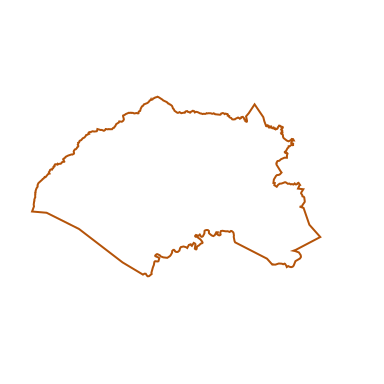 Magude, Maputo, Mozambique, rotated 305°
{"feature_id": "85939544B12261721998883", "entity_name": "Magude", "entity_type": "district", "adm_level": 2, "iso_a3": "MOZ", "parent_name": "Mozambique", "parent_adm1": "Maputo", "projection": "albers", "projection_center": [32.464, -24.759], "detail": "fine", "context": "isolated", "style": "outline", "palette": "amber", "viewbox_px": 384, "rotation_deg": 305, "n_neighbors": 0, "source": "geoboundaries", "source_scale": "gbopen_adm2", "svg_char_len": 6024}
<svg xmlns="http://www.w3.org/2000/svg" viewBox="0 0 384 384"><g transform="rotate(305 192 192)"><path d="M299.7,193.0L289.1,193.3L285.0,192.9L281.9,196.2L281.2,196.6L280.8,196.4L280.6,195.1L281.7,194.2L281.4,193.4L282.3,192.3L282.7,190.5L281.6,189.5L280.9,189.8L279.5,189.2L279.7,188.5L279.4,187.9L279.4,187.0L276.7,185.5L276.2,185.5L275.0,184.1L274.6,183.2L275.1,181.7L274.7,179.9L275.1,178.8L275.5,178.7L275.0,177.5L276.1,176.9L276.2,176.3L275.7,175.7L275.6,174.7L274.5,174.0L274.7,173.4L274.4,172.0L273.0,170.9L271.8,171.0L271.4,170.7L269.0,166.4L268.9,166.0L269.1,165.6L268.8,164.5L268.2,164.3L267.6,163.6L267.3,162.3L266.0,160.3L265.3,159.7L264.9,158.7L264.3,158.6L263.5,158.0L262.8,156.7L261.9,155.9L261.6,154.5L261.1,153.8L260.7,151.0L260.3,149.9L259.9,149.2L258.8,148.7L259.4,147.3L258.9,146.6L259.0,146.1L257.0,145.1L256.1,145.1L255.7,144.4L255.8,143.5L255.3,142.8L255.5,141.6L254.4,140.6L253.4,140.4L253.1,140.7L252.6,140.4L252.5,140.0L250.4,138.0L250.3,136.0L249.1,135.4L248.5,134.6L248.5,131.1L249.4,129.6L249.5,128.4L250.1,127.8L251.1,126.1L251.2,124.0L250.9,123.2L251.1,122.0L250.8,121.6L251.2,119.8L250.5,115.8L250.7,114.8L250.5,110.1L250.2,109.0L249.7,108.9L248.3,107.6L247.4,107.4L246.5,106.6L245.2,106.6L244.1,105.8L244.4,105.3L243.6,105.4L242.6,104.8L241.8,105.0L239.4,104.5L236.1,102.3L234.8,102.5L233.4,101.9L230.8,102.2L228.7,103.0L227.8,102.4L226.8,102.4L225.8,103.0L225.4,102.7L224.9,101.3L223.2,99.6L222.9,98.1L222.1,97.2L222.0,96.5L221.1,95.8L220.8,94.9L217.8,93.0L216.7,92.7L215.1,91.7L214.7,91.9L212.5,94.5L211.0,94.8L209.3,94.2L208.1,91.9L207.0,92.2L204.2,91.0L201.6,91.4L201.2,91.1L200.0,91.3L199.0,90.6L197.6,90.5L196.2,88.6L195.9,87.8L195.1,87.2L194.1,85.2L192.7,85.2L191.6,84.7L191.1,82.5L190.4,81.6L189.3,78.4L187.7,79.1L187.1,79.1L185.4,77.2L184.8,75.8L183.4,74.8L182.8,74.7L182.3,73.7L181.5,73.3L180.9,73.4L180.5,74.2L180.1,73.7L179.1,73.6L177.9,72.6L176.7,72.8L174.9,72.6L173.3,71.7L171.0,71.5L169.5,70.6L168.1,71.0L167.0,70.5L166.6,71.1L165.2,71.3L164.9,72.1L164.0,72.7L162.6,72.3L161.7,72.5L160.4,72.3L159.8,71.7L158.2,71.6L157.1,72.0L156.2,73.1L155.6,73.3L154.1,72.6L153.7,71.8L150.9,69.7L148.3,68.3L147.7,68.5L145.5,67.7L145.1,68.1L144.8,67.9L143.6,70.0L143.3,69.9L142.8,69.0L141.4,68.3L140.6,68.5L139.8,68.2L138.7,66.8L137.6,66.3L137.8,65.8L137.1,65.8L136.9,64.9L136.2,64.0L135.2,64.0L134.8,64.4L134.3,64.2L134.0,64.6L133.2,64.1L132.8,64.5L131.7,64.6L131.0,64.1L130.1,64.5L129.3,63.3L128.5,63.1L127.2,63.5L126.1,63.4L125.5,64.5L125.3,64.2L124.7,64.3L124.1,63.8L120.1,63.5L119.8,62.7L117.9,62.7L117.0,62.2L116.5,62.3L111.2,61.1L109.5,61.4L108.6,61.8L108.4,62.2L107.1,62.6L106.6,62.4L105.0,62.7L102.8,63.4L102.3,64.0L101.3,64.0L100.6,64.9L100.1,64.9L97.6,66.7L96.9,66.7L94.9,67.4L94.4,68.0L93.5,68.2L90.8,69.6L89.6,70.8L84.3,72.2L91.6,84.8L96.9,120.7L94.5,175.5L96.2,199.2L97.8,199.9L98.5,201.0L97.6,203.2L97.6,204.2L98.5,205.1L101.7,206.0L102.5,205.1L107.8,203.2L110.4,202.6L113.1,201.3L114.2,201.5L115.3,203.6L116.0,204.2L119.0,203.2L119.1,202.1L118.4,198.8L118.9,198.3L120.4,198.6L121.1,199.0L121.3,199.6L121.7,202.0L121.3,203.2L122.0,206.0L123.9,209.5L126.6,210.6L127.8,210.8L130.8,210.5L132.3,209.6L133.9,209.9L134.3,210.5L134.1,211.6L133.7,212.1L133.8,213.4L134.7,214.7L136.8,215.3L139.0,214.5L140.5,214.5L142.5,216.3L143.4,218.9L143.4,220.2L146.8,219.8L148.4,220.9L147.9,221.7L147.8,222.8L151.3,222.6L151.5,223.7L151.2,224.8L147.2,226.8L147.1,227.7L147.5,228.4L148.1,228.4L149.6,227.6L150.5,227.5L152.2,228.3L154.7,228.8L156.1,229.8L156.7,229.6L157.2,228.7L158.0,226.1L158.1,221.5L157.4,220.6L157.6,219.9L158.0,219.7L159.1,219.9L159.5,221.4L160.1,222.5L161.6,222.8L160.7,224.9L160.8,225.6L161.4,226.1L162.1,226.3L165.2,225.9L167.3,224.6L168.2,224.8L169.3,225.8L169.9,226.8L169.8,228.2L168.1,229.4L167.9,230.1L167.7,233.0L168.1,234.7L169.5,235.4L173.0,235.0L173.8,236.3L171.8,237.0L171.8,238.3L172.1,239.2L172.7,239.7L173.5,239.9L174.8,238.5L176.6,238.1L177.7,239.2L179.2,242.3L180.3,243.7L180.9,245.8L182.4,246.2L182.8,246.9L182.6,248.9L182.1,249.7L180.4,251.3L179.2,251.9L176.2,255.0L175.5,256.2L180.4,291.7L178.6,299.4L179.2,299.7L179.3,300.5L180.5,302.1L183.2,304.1L184.8,306.7L185.1,308.1L186.4,308.9L186.5,309.4L185.7,311.5L184.9,312.7L186.5,313.3L186.7,314.8L187.3,316.3L188.5,317.3L190.0,317.5L194.7,316.4L199.5,318.6L201.3,318.5L202.6,317.3L203.8,314.2L202.8,310.4L202.1,308.8L204.3,310.3L228.7,322.9L232.5,306.9L242.9,292.6L242.0,289.3L242.3,289.2L243.5,290.4L244.7,290.0L248.6,290.0L249.3,289.5L251.9,287.1L252.2,286.2L251.8,285.0L252.8,283.9L253.4,282.2L254.2,281.8L258.1,281.6L255.6,276.9L259.2,276.2L259.7,276.5L260.6,274.0L259.8,273.5L258.9,273.6L257.9,273.0L257.6,272.3L257.9,271.2L256.3,270.8L255.8,269.3L254.9,268.5L254.7,266.8L253.7,265.9L253.7,263.6L253.4,262.6L250.3,260.5L249.0,259.0L247.1,258.4L244.9,258.4L244.8,255.5L246.8,254.7L246.1,253.5L249.2,251.9L253.4,251.6L254.6,251.9L255.8,253.3L257.0,253.9L259.3,254.2L260.0,252.2L262.9,245.5L263.8,244.7L264.4,244.8L264.7,244.4L266.4,244.3L267.7,245.6L269.9,246.1L273.2,248.1L274.5,250.1L276.4,248.8L278.3,248.2L278.5,247.2L278.3,246.8L277.7,246.6L277.6,246.1L277.7,245.3L278.1,245.0L279.5,245.5L282.7,245.1L283.7,245.5L284.9,244.9L285.6,245.8L287.7,246.4L288.0,247.5L288.4,247.9L289.6,247.1L289.1,245.1L291.2,244.7L292.1,245.0L292.6,245.8L293.3,244.5L292.7,243.3L290.9,243.1L288.9,242.0L288.5,240.2L288.7,236.2L289.4,234.9L290.8,233.8L291.0,233.0L290.9,231.8L291.2,231.3L292.5,232.1L292.8,231.8L292.2,231.5L292.4,231.0L294.1,230.6L294.1,229.9L294.8,229.6L294.6,229.2L295.3,229.1L295.8,229.4L296.4,229.0L296.9,229.4L297.2,229.1L296.9,227.8L296.4,227.2L296.7,226.6L296.4,226.1L296.6,225.7L296.2,225.2L295.6,225.4L294.0,225.2L293.5,225.6L292.7,225.6L291.3,224.6L291.6,224.1L291.2,223.7L291.6,223.3L291.1,222.8L291.7,222.0L291.6,221.7L290.6,221.7L290.3,221.2L290.3,220.1L290.7,219.7L290.2,219.4L290.7,218.9L289.0,218.2L289.2,217.3L290.0,216.9L289.5,216.2L290.1,216.3L290.0,215.7L289.9,215.4L288.7,215.4L288.5,214.9L291.5,210.6L294.2,207.5L299.7,193.0Z" fill="none" stroke="#b45309" stroke-width="2"/></g></svg>